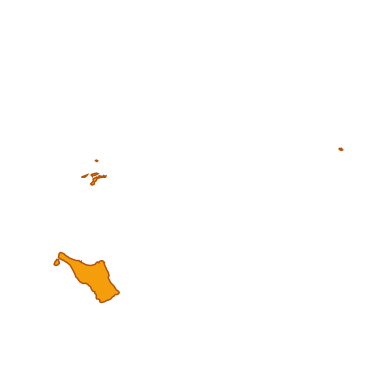 the district of Motalava, Torba, Vanuatu, rotated 67°
{"feature_id": "77236927B68296465422624", "entity_name": "Motalava", "entity_type": "district", "adm_level": 2, "iso_a3": "VUT", "parent_name": "Vanuatu", "parent_adm1": "Torba", "projection": "albers", "projection_center": [167.627, -13.483], "detail": "fine", "context": "isolated", "style": "filled", "palette": "amber", "viewbox_px": 384, "rotation_deg": 67, "n_neighbors": 0, "source": "geoboundaries", "source_scale": "gbopen_adm2", "svg_char_len": 3640}
<svg xmlns="http://www.w3.org/2000/svg" viewBox="0 0 384 384"><g transform="rotate(67 192 192)"><path d="M197.2,338.7L198.5,339.4L199.8,340.4L200.6,340.3L201.6,339.9L202.6,338.9L203.7,338.1L204.9,336.9L206.5,335.8L208.1,334.6L210.0,333.6L211.1,333.1L212.0,332.7L218.9,332.0L222.1,331.9L224.1,332.0L225.3,332.0L226.6,331.2L228.1,330.9L230.5,330.4L233.3,328.5L234.0,327.2L234.5,325.3L235.2,325.0L236.2,323.9L237.3,323.9L238.3,323.2L239.4,322.4L240.2,322.4L241.7,322.6L243.5,322.4L244.9,321.8L245.8,320.5L246.8,321.0L247.8,320.9L248.7,320.4L249.7,320.5L250.9,321.0L252.0,321.6L253.3,321.4L253.9,320.1L255.1,319.2L255.6,319.4L257.2,319.6L258.1,319.0L258.6,317.6L258.8,314.6L258.5,313.6L258.6,312.3L258.8,311.1L258.8,310.1L258.6,308.4L258.4,307.6L257.5,306.4L257.4,305.8L257.3,304.3L256.6,303.3L256.4,302.7L257.1,301.2L256.9,299.2L256.3,298.4L255.2,298.3L253.5,299.2L252.6,299.9L250.6,300.2L250.1,300.2L250.1,300.3L248.4,300.5L247.0,301.0L245.5,301.6L244.0,302.2L242.3,302.4L240.1,302.5L239.1,302.6L237.6,302.4L237.1,301.6L236.4,300.9L234.7,300.9L233.7,300.5L231.9,300.6L230.1,301.0L228.4,300.8L226.4,300.9L225.4,301.0L224.5,300.9L223.8,300.8L223.2,300.9L222.5,300.1L221.5,300.8L220.6,301.0L219.8,302.2L219.8,304.3L220.8,305.5L219.5,306.2L219.6,307.5L220.7,309.5L220.6,310.6L220.5,312.0L219.9,314.4L218.3,316.9L217.7,317.8L217.0,318.5L216.0,319.3L215.1,319.9L213.6,321.5L213.1,321.2L212.5,321.0L212.6,322.0L212.2,322.4L211.5,322.5L210.8,323.0L210.6,323.6L210.4,324.4L208.8,326.6L208.4,327.0L207.7,327.8L206.4,329.0L206.2,329.3L205.4,330.1L204.5,330.9L203.3,331.5L202.8,331.7L202.3,332.3L201.5,332.8L201.1,333.1L200.4,333.4L199.7,333.7L199.2,333.8L198.9,334.0L198.1,334.7L196.3,336.5L196.6,337.8L197.2,338.7ZM141.0,274.0L141.3,274.7L141.1,276.0L141.4,278.0L142.8,278.3L143.4,278.6L144.4,280.7L144.9,282.1L145.7,282.0L146.5,281.4L146.6,280.4L146.6,279.1L144.9,277.9L144.5,277.1L144.0,275.6L143.1,274.7L142.3,273.2L141.0,274.0ZM202.4,344.8L202.6,345.1L202.8,345.4L202.9,345.5L203.7,346.2L204.0,346.5L204.2,346.8L204.6,347.1L205.0,347.2L205.3,347.1L205.5,346.9L205.7,346.7L205.9,346.5L206.1,346.3L206.4,346.1L206.5,345.8L206.5,345.5L206.5,345.2L206.6,344.8L206.6,344.6L206.5,344.2L206.6,343.9L206.5,343.7L206.3,343.4L206.2,343.2L206.1,342.9L206.1,342.5L205.9,342.2L205.7,342.0L205.4,341.8L205.1,341.7L204.7,341.7L204.3,341.6L203.9,341.7L203.4,341.7L203.0,341.7L202.8,341.6L202.6,341.5L202.4,341.4L202.1,341.5L201.8,341.8L201.6,342.0L201.4,342.4L201.2,342.8L201.2,343.0L201.4,343.1L201.7,343.3L201.9,343.5L202.1,343.8L202.2,344.3L202.4,344.8ZM136.9,278.2L138.8,277.6L138.4,277.3L138.4,276.3L138.7,275.4L138.8,274.1L138.6,273.2L138.6,272.0L138.4,271.3L137.3,272.6L137.0,274.1L136.7,275.9L136.6,277.4L136.9,278.2ZM143.6,264.9L143.3,266.2L142.3,266.9L142.9,267.7L142.8,268.1L141.8,269.7L140.8,271.0L141.2,272.1L142.8,272.2L142.7,271.5L143.0,270.0L143.5,268.6L144.0,267.4L144.5,266.2L144.4,265.5L143.6,264.9ZM135.1,282.6L135.3,283.6L135.1,286.1L135.0,287.2L135.4,287.4L135.6,286.9L136.5,285.0L136.3,284.2L136.1,283.4L135.7,282.4L135.2,281.5L135.1,282.6ZM210.8,37.4L210.7,37.4L210.3,37.3L210.2,37.3L210.1,37.5L210.1,37.9L210.1,38.0L210.1,38.3L209.9,38.5L209.7,38.7L209.6,38.9L209.5,39.1L209.6,39.3L209.6,39.5L209.8,39.8L210.1,39.8L210.2,39.7L210.4,39.5L210.5,39.4L210.8,39.4L211.0,39.2L211.2,38.9L211.4,38.9L211.5,38.7L211.8,38.4L211.8,38.2L212.0,38.1L212.2,37.8L212.2,37.7L211.9,37.5L211.8,37.4L211.7,37.3L211.7,37.1L211.6,36.9L211.5,37.0L211.4,37.1L211.5,37.1L211.4,37.2L211.2,37.3L210.9,37.4L210.8,37.4ZM125.2,267.7L125.5,268.6L126.7,267.8L126.8,267.2L126.4,266.6L125.6,267.3L125.2,267.7Z" fill="#f59e0b" stroke="#b45309" stroke-width="1.5"/></g></svg>